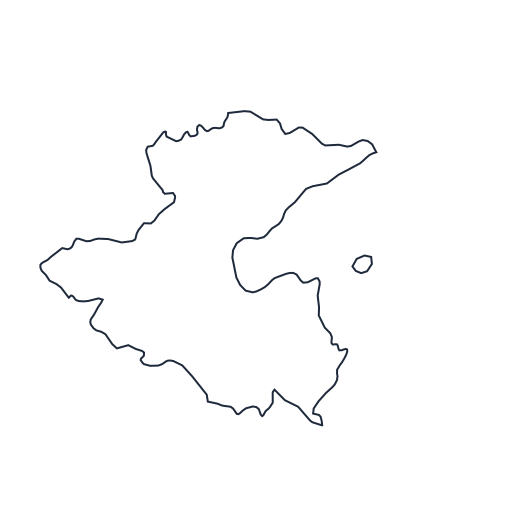 map outline of Pärnu (Albers equal-area conic projection), rotated 220°
{"feature_id": "EST-2346", "entity_name": "Pärnu", "entity_type": "County", "adm_level": 1, "iso_a3": "EST", "parent_name": "Estonia", "parent_adm1": "", "projection": "albers", "projection_center": [24.54, 58.305], "detail": "fine", "context": "isolated", "style": "outline", "palette": "slate", "viewbox_px": 512, "rotation_deg": 220, "n_neighbors": 0, "source": "natural_earth", "source_scale": "10m", "svg_char_len": 3624}
<svg xmlns="http://www.w3.org/2000/svg" viewBox="0 0 512 512"><g transform="rotate(220 256 256)"><path d="M369.2,347.7L357.9,359.6L353.0,363.0L338.4,365.2L333.9,368.2L329.9,371.9L327.9,373.8L322.9,373.0L318.0,369.8L312.0,368.3L309.2,372.0L305.8,381.9L302.8,384.3L291.2,385.6L283.3,384.9L277.8,384.4L274.0,385.2L264.0,394.5L256.4,398.5L254.0,401.3L250.9,409.8L248.8,413.4L244.3,415.9L238.8,416.2L230.5,412.8L232.6,409.5L234.0,406.1L234.7,402.0L235.2,397.7L235.9,393.7L245.0,371.3L248.3,357.1L257.4,345.9L260.8,339.6L260.8,322.2L262.2,314.4L262.5,310.0L261.5,306.2L260.0,302.9L259.1,299.0L259.1,295.0L261.5,287.3L261.6,283.4L261.5,279.4L262.2,275.4L266.0,270.1L271.7,266.4L276.8,261.7L279.0,253.4L277.3,245.7L273.1,239.6L257.2,226.9L249.5,223.6L241.7,222.8L235.1,226.1L233.0,229.0L230.9,233.3L229.2,238.0L228.5,242.3L228.2,247.8L227.5,251.1L221.6,261.5L219.2,264.8L216.5,267.0L213.0,267.9L206.1,266.0L202.7,265.9L199.5,269.1L196.0,277.2L194.3,278.7L190.9,277.4L189.0,275.2L183.3,265.3L174.7,257.2L169.7,250.8L157.2,245.3L149.6,244.6L146.1,242.9L145.1,241.8L143.0,238.7L142.1,237.8L140.4,237.5L139.3,238.5L138.2,239.7L136.9,240.4L135.2,239.5L133.3,238.0L131.5,237.3L129.8,238.9L128.6,241.0L127.4,242.6L126.1,242.9L124.7,241.5L123.5,238.5L122.5,234.3L121.8,230.0L121.6,226.5L120.8,221.1L118.6,218.3L116.2,216.2L114.2,212.9L113.1,208.2L113.2,204.5L114.4,195.8L114.7,185.1L113.8,176.3L111.0,172.0L105.6,174.7L103.2,174.4L99.7,171.9L96.5,168.9L96.6,168.7L105.9,164.9L108.7,164.7L126.8,167.6L141.2,164.1L155.9,165.5L155.7,162.7L155.1,161.7L148.9,154.4L148.2,148.9L148.3,146.8L148.8,144.7L148.9,143.3L148.7,142.0L148.4,140.6L148.0,138.6L148.4,137.3L150.5,137.6L155.4,140.5L158.6,140.5L161.7,138.7L165.7,133.0L166.8,129.0L167.2,125.6L167.8,123.5L169.2,122.7L175.4,124.4L178.5,124.2L185.7,119.7L190.6,118.1L199.3,113.5L204.6,118.1L227.6,122.8L242.2,124.8L251.8,122.4L254.6,120.8L256.3,119.1L257.1,117.7L258.3,113.2L259.5,110.8L260.6,109.1L266.4,103.9L272.4,101.1L274.6,101.3L277.4,102.1L278.1,103.4L277.9,105.7L277.8,107.6L279.8,110.1L282.3,110.0L288.4,107.5L296.5,105.6L303.2,95.8L309.5,96.1L321.1,99.3L325.8,98.5L330.5,96.4L334.0,96.2L338.5,97.3L340.6,99.0L341.8,101.2L342.4,107.0L344.1,115.4L344.6,120.6L345.4,124.0L349.3,122.4L355.7,113.6L358.7,110.6L362.4,107.8L365.3,106.6L366.4,106.6L369.6,107.4L371.6,107.3L372.3,106.8L372.6,103.7L385.1,106.5L391.0,106.2L398.2,104.4L404.7,106.4L410.6,106.9L413.8,108.6L415.5,110.7L415.5,112.7L414.9,114.7L413.9,117.0L413.1,119.2L412.5,123.8L409.5,137.5L404.6,140.1L403.2,142.4L402.9,145.0L403.6,147.6L404.5,150.1L404.7,153.8L402.7,155.4L395.4,158.3L392.7,160.9L390.3,165.0L387.9,168.0L380.1,174.0L367.5,180.1L360.5,187.8L359.2,190.8L359.5,191.8L361.8,196.5L362.7,200.5L362.9,209.1L357.5,213.3L356.6,217.7L357.3,225.6L356.1,233.4L353.4,244.5L355.7,249.0L356.8,250.0L360.1,250.9L365.9,245.0L368.6,245.3L369.7,246.4L384.6,249.2L387.4,250.5L394.8,257.2L406.0,264.4L408.3,266.6L409.2,270.1L405.9,274.1L405.8,276.0L406.1,278.8L406.5,291.3L405.7,292.9L404.5,293.1L403.5,291.5L401.2,290.0L391.0,292.6L389.4,294.5L388.2,297.1L388.6,300.1L389.3,303.0L389.1,306.0L388.3,307.1L387.0,306.7L385.2,305.8L383.0,305.6L380.4,308.4L379.4,310.5L379.5,312.2L380.4,313.3L382.3,314.7L383.0,315.7L384.0,317.4L383.7,319.8L381.9,320.5L379.2,320.3L376.4,319.7L373.8,320.1L372.7,321.6L372.3,323.6L371.3,326.3L369.4,328.1L366.1,330.3L364.7,332.5L364.4,334.6L365.4,336.4L366.2,337.9L366.6,339.8L366.8,341.9L367.1,343.7L367.7,345.2L369.1,347.6L369.2,347.7ZM162.1,324.4L161.1,315.7L164.4,310.5L169.9,308.7L175.4,310.0L177.0,318.5L173.2,326.1L167.2,329.3L162.1,324.4Z" fill="none" stroke="#1e293b" stroke-width="2"/></g></svg>